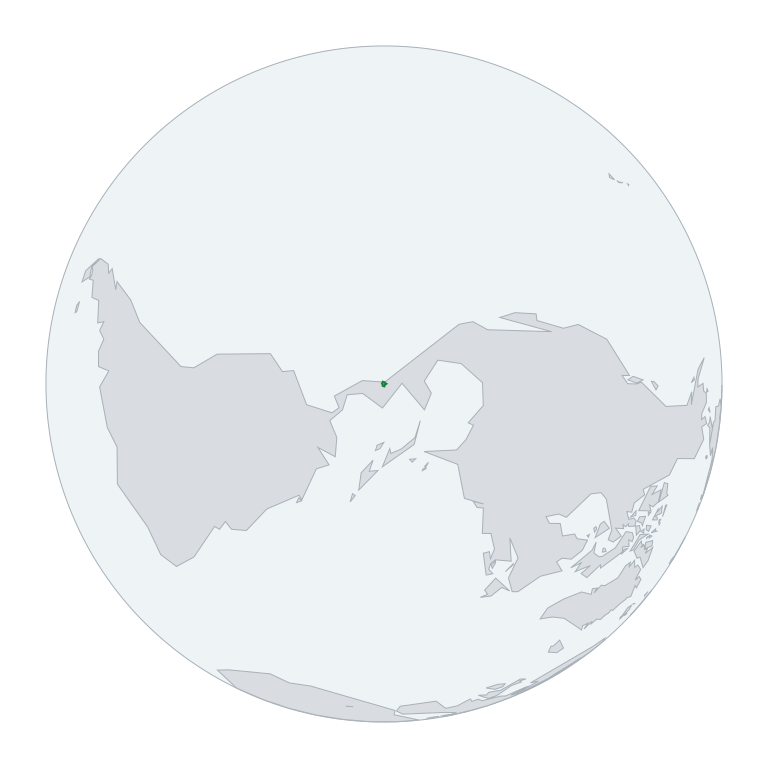 the Earth from above Choluteca, rotated 122°
{"feature_id": "HND-661", "entity_name": "Choluteca", "entity_type": "Department", "adm_level": 1, "iso_a3": "HND", "parent_name": "Honduras", "parent_adm1": "", "projection": "orthographic", "projection_center": [-87.137, 13.37], "detail": "fine", "context": "on_globe", "style": "filled", "palette": "green", "viewbox_px": 768, "rotation_deg": 122, "n_neighbors": 0, "source": "natural_earth", "source_scale": "10m", "svg_char_len": 9194}
<svg xmlns="http://www.w3.org/2000/svg" viewBox="0 0 768 768"><g transform="rotate(122 384 384)"><circle cx="384" cy="384" r="338" fill="#eef3f6" stroke="#a8b0b8"/><path d="M436.0,412.8L428.0,409.5L420.5,419.7L392.6,404.2L382.0,384.4L293.6,352.0L284.0,341.6L283.1,324.9L250.8,269.6L266.2,321.0L254.1,310.7L243.9,292.2L249.1,287.9L241.7,261.4L230.6,250.9L228.0,218.7L246.7,180.3L250.6,186.5L254.6,177.5L250.0,169.6L246.0,166.8L253.6,133.0L241.6,115.8L227.5,118.9L238.7,112.4L205.0,125.5L191.9,126.4L213.1,120.4L220.2,116.3L214.4,113.8L220.5,109.2L221.1,105.7L228.9,100.8L240.7,98.8L245.9,95.9L241.5,94.5L246.5,89.5L252.1,91.8L261.4,83.6L282.9,81.3L291.7,95.6L309.9,93.8L335.9,108.4L339.9,104.3L352.2,108.7L361.4,106.0L363.6,110.5L369.1,104.6L365.3,101.1L366.5,97.6L371.6,96.0L375.2,101.1L373.2,102.7L377.0,103.4L376.6,106.8L379.7,104.2L383.5,111.2L387.3,102.2L396.7,106.0L397.2,111.4L387.2,113.4L363.7,134.5L361.1,142.3L367.5,150.3L400.4,158.7L401.7,167.0L410.6,176.3L414.5,169.9L408.9,160.6L418.3,152.1L410.2,142.8L412.9,138.4L408.6,128.7L420.0,127.7L433.3,132.3L437.4,140.7L443.4,143.4L448.1,134.0L464.2,149.5L489.2,160.4L492.2,165.3L482.5,175.7L460.5,178.1L447.9,195.6L466.9,182.3L474.1,196.4L479.8,198.4L485.7,197.0L487.2,191.2L491.9,196.1L474.9,210.1L470.3,205.8L475.8,201.1L465.5,202.8L454.1,214.1L458.6,221.4L436.5,234.0L439.4,239.7L436.3,246.2L433.0,236.0L438.4,255.2L413.1,278.8L420.0,314.2L401.5,287.5L387.8,285.0L371.5,286.3L372.3,292.0L349.7,288.4L330.7,301.1L325.8,329.4L335.3,351.0L360.2,351.4L366.7,339.0L384.5,336.0L373.8,369.1L405.2,372.6L403.3,397.2L412.7,409.5L427.9,405.5L443.7,410.6L454.3,395.7L471.5,386.8L472.8,406.5L481.7,387.7L491.8,396.4L525.7,392.3L523.3,397.1L552.0,417.1L581.2,423.1L588.0,436.3L584.7,445.6L594.4,446.5L594.6,452.2L631.5,453.5L648.7,463.3L647.0,482.9L630.4,508.8L610.2,557.0L578.9,577.0L567.5,595.6L537.2,623.6L518.7,624.3L520.5,635.3L507.4,643.5L494.4,645.4L489.3,653.5L479.5,654.6L484.0,659.1L464.3,670.2L465.4,677.5L450.1,685.6L451.2,689.4L446.8,689.6L441.2,691.5L439.4,693.7L427.7,690.7L428.6,681.4L435.9,676.2L430.2,675.6L446.2,661.5L438.6,664.7L447.1,643.1L461.2,623.8L476.8,565.5L471.1,553.9L447.1,541.3L418.5,496.4L427.3,476.7L420.5,467.7L442.6,438.7L436.0,412.8ZM86.5,304.5L88.6,296.7L89.4,302.2L86.5,304.5ZM88.6,291.7L88.1,294.4L88.2,292.0L88.6,291.7ZM87.8,289.8L88.3,291.2L87.4,290.4L87.8,289.8ZM86.4,288.2L87.2,288.7L87.0,289.0L86.4,288.2ZM419.3,326.4L455.1,341.5L435.8,344.8L439.3,341.4L430.0,334.9L413.0,329.3L395.8,333.8L419.3,326.4ZM85.2,283.5L85.1,282.1L86.1,281.8L85.2,283.5ZM432.9,305.9L426.8,304.9L432.7,304.4L432.9,305.9ZM243.2,166.5L249.3,170.1L251.2,179.4L245.5,176.8L243.2,166.5ZM240.4,150.5L244.9,150.2L240.0,158.7L238.9,156.2L240.4,150.5ZM216.0,122.9L219.9,124.1L214.1,124.7L216.0,122.9ZM219.9,106.1L216.9,107.5L218.5,105.2L219.9,106.1ZM402.7,130.1L405.6,129.4L404.9,131.5L402.7,130.1ZM398.1,126.8L395.2,129.7L392.6,128.6L394.4,126.8L398.1,126.8ZM231.8,95.8L235.4,92.3L233.8,95.5L231.8,95.8ZM402.3,123.5L388.3,126.3L383.8,124.5L387.0,116.4L402.3,123.5ZM238.8,90.1L247.2,82.5L241.3,84.4L262.9,75.7L248.5,84.4L247.5,87.7L244.0,87.6L238.8,90.1ZM361.9,100.8L366.2,104.4L357.9,103.1L361.9,100.8ZM356.4,100.9L329.5,103.7L325.7,98.3L335.5,98.1L326.9,93.0L338.4,88.9L345.7,90.8L345.8,94.9L350.1,90.3L356.4,100.9ZM273.4,72.7L277.2,70.9L275.5,72.5L273.4,72.7ZM366.3,96.2L361.2,96.9L357.6,92.1L367.2,89.9L365.3,92.1L366.3,96.2ZM319.1,94.0L318.1,90.5L327.1,86.1L328.0,84.2L338.3,88.4L319.1,94.0ZM368.7,92.4L372.2,88.9L378.5,89.9L371.1,95.2L368.7,92.4ZM352.6,92.0L351.4,89.8L355.2,90.2L352.6,92.0ZM402.8,92.6L396.8,92.8L394.4,90.3L402.8,92.6ZM373.0,87.7L370.8,87.4L369.2,86.6L372.8,84.7L373.0,87.7ZM343.9,85.3L347.9,84.4L340.2,83.3L346.6,80.4L352.3,83.9L352.6,81.2L354.5,80.4L357.0,84.3L343.9,85.3ZM371.5,80.6L381.0,85.0L392.7,84.6L395.2,86.7L375.9,87.0L371.5,80.6ZM362.8,82.3L368.7,81.6L368.7,84.3L364.7,86.5L362.8,82.3ZM348.9,77.5L337.5,80.9L336.7,80.1L348.9,77.5ZM374.9,79.8L372.5,78.9L375.7,79.5L374.9,79.8ZM356.9,77.4L353.0,78.6L352.1,77.6L356.9,77.4ZM371.0,76.2L374.1,77.5L371.4,78.8L371.0,76.2ZM364.5,76.3L364.2,74.7L368.6,78.5L362.9,76.9L364.5,76.3ZM356.7,76.3L354.9,76.1L358.4,76.0L356.7,76.3ZM379.3,70.9L385.4,75.4L379.6,78.1L374.4,73.2L379.3,70.9ZM446.1,697.0L428.1,692.1L438.7,694.3L449.1,690.3L457.4,694.2L446.1,697.0ZM475.3,685.9L485.5,682.9L487.1,683.8L480.4,686.2L475.3,685.9ZM620.7,142.8L616.1,138.8L623.2,145.8L627.9,150.1L635.1,157.9L624.2,148.3L630.8,159.2L654.0,193.1L654.7,200.1L648.7,199.5L625.4,171.8L626.3,159.7L618.1,151.3L605.2,143.8L606.6,141.3L601.5,137.2L600.6,133.0L586.8,119.6L584.0,115.4L566.6,103.7L562.8,100.4L574.2,107.9L580.6,111.5L572.2,103.5L567.0,100.0L556.4,93.5L555.4,92.8L546.2,87.6L539.5,84.0L561.4,96.4L582.3,110.4L602.1,125.9L620.7,142.8ZM536.7,82.5L540.8,85.1L528.4,79.3L515.4,73.2L512.2,72.2L533.5,82.5L541.1,86.3L546.1,88.4L567.6,101.3L573.1,105.7L554.2,95.6L559.9,101.4L542.7,92.4L495.9,67.8L482.5,62.0L485.3,61.6L497.9,65.8L499.7,66.6L502.3,67.5L536.7,82.5ZM381.2,46.1L369.7,46.5L354.0,47.4L354.3,47.4L381.2,46.1ZM309.8,54.3L305.5,55.3L310.2,54.3L310.4,54.3L282.7,63.0L273.9,65.9L264.5,71.2L265.6,71.2L271.7,69.2L262.9,75.7L241.3,84.4L239.8,83.8L227.3,90.6L225.6,88.7L218.5,91.1L223.9,86.7L217.8,89.8L213.6,92.3L205.7,96.9L226.0,85.3L236.2,80.9L230.7,82.9L237.5,79.6L238.8,78.9L261.9,68.9L285.6,60.7L309.8,54.3ZM719.8,346.3L719.8,346.1L719.9,348.4L714.9,373.7L708.7,364.2L690.1,326.9L687.7,306.0L679.0,286.1L655.0,201.6L659.2,200.2L650.8,177.4L651.4,177.7L662.5,192.7L663.2,193.6L677.7,216.8L690.2,241.2L700.8,266.4L709.3,292.5L715.6,319.2L719.8,346.3ZM674.0,239.1L677.2,245.2L677.3,245.2L674.0,239.1ZM526.7,391.9L530.9,395.3L525.6,396.0L526.7,391.9ZM433.7,353.2L441.0,353.2L445.0,356.0L439.5,357.4L433.7,353.2ZM493.8,349.2L501.9,350.2L493.7,352.6L493.8,349.2ZM460.6,343.3L487.3,349.2L471.4,356.3L454.4,352.9L465.8,350.3L460.6,343.3ZM430.6,317.5L435.3,318.7L434.3,322.4L430.6,317.5ZM437.2,305.6L435.4,306.0L432.9,303.2L437.2,305.6ZM475.0,195.6L476.6,194.6L482.9,194.5L480.5,197.2L475.0,195.6ZM507.1,180.9L513.9,189.3L507.4,184.7L505.5,189.4L489.4,186.4L492.9,167.7L494.2,176.4L507.1,180.9ZM468.8,178.6L478.7,181.7L467.8,179.1L468.8,178.6ZM574.0,122.4L577.8,122.9L584.2,128.2L587.7,136.3L578.4,128.4L574.0,122.4ZM581.7,122.7L561.9,112.0L559.0,107.4L564.0,111.6L564.0,109.7L572.1,116.1L588.5,123.3L595.3,128.7L598.0,139.1L593.4,132.3L590.0,131.8L581.7,122.7ZM516.7,101.6L508.1,99.3L512.8,91.9L520.3,95.1L524.3,102.6L517.8,103.4L516.7,101.6ZM410.8,109.7L407.2,111.1L406.2,109.4L408.4,106.9L410.8,109.7ZM400.2,92.9L425.4,102.8L422.6,104.6L440.7,109.4L440.3,116.4L428.6,112.8L441.8,122.4L431.1,122.0L440.9,128.2L414.8,119.5L405.6,120.3L416.0,116.6L416.6,110.0L414.2,107.4L400.3,101.0L380.9,100.5L378.5,94.7L381.9,90.9L386.2,90.1L386.4,93.8L391.9,90.2L395.6,95.1L400.2,92.9ZM423.2,61.9L421.7,64.3L433.4,62.1L437.1,65.2L438.2,64.8L444.9,67.4L454.9,70.1L455.1,71.7L458.9,72.1L463.4,74.2L468.7,75.5L470.9,79.1L477.6,81.2L474.9,81.8L485.7,84.6L478.7,84.2L483.8,87.5L487.9,86.1L487.2,106.9L492.3,117.6L500.5,127.1L487.3,126.5L471.2,117.7L455.7,106.3L452.6,96.8L447.2,98.8L444.1,95.1L449.7,95.1L439.3,93.0L438.2,90.0L424.4,82.9L410.0,82.8L404.6,80.6L409.7,79.2L400.7,78.1L406.7,74.2L403.0,72.8L405.2,68.1L417.2,67.1L412.1,65.6L413.5,62.6L423.2,61.9ZM380.3,69.5L393.8,66.5L402.5,67.0L395.1,75.2L397.7,77.0L393.2,83.3L380.8,82.6L383.2,80.8L382.6,78.9L386.7,79.8L383.0,77.7L386.2,75.3L384.2,73.2L389.2,72.7L380.3,69.5ZM647.1,171.9L646.0,170.7L645.5,169.9L647.1,171.9ZM638.1,163.1L636.7,160.9L644.1,169.1L644.7,170.5L638.1,163.1ZM629.5,153.2L636.0,160.2L632.9,157.2L629.5,153.2ZM572.2,106.0L569.8,103.9L572.1,105.2L576.3,108.1L572.2,106.0ZM458.7,59.5L456.5,60.0L454.3,59.3L444.2,58.7L440.6,56.9L445.3,56.5L458.7,59.5ZM453.2,57.4L449.4,57.2L450.0,56.5L453.2,57.4ZM437.5,55.6L437.1,54.6L439.0,56.6L437.5,55.6ZM450.0,52.6L436.6,50.3L417.6,47.8L435.6,50.1L438.7,50.5L450.0,52.6ZM375.9,46.3L374.0,46.6L369.7,46.7L375.9,46.3ZM378.4,46.4L385.7,46.8L381.2,47.2L376.4,46.7L378.4,46.4ZM420.1,50.1L425.7,50.7L425.1,51.1L420.1,50.1ZM274.8,71.1L277.0,71.0L273.2,72.2L274.8,71.1ZM313.3,53.7L312.9,54.0L308.4,55.0L313.3,53.7ZM309.4,55.6L314.7,54.2L310.3,55.6L309.4,55.6ZM326.3,51.6L317.4,53.7L324.2,51.8L326.3,51.6Z" fill="#d9dde1" stroke="#a8b0b8" stroke-width="1"/><path d="M386.3,384.6L386.2,384.6L385.8,384.5L385.7,384.5L385.3,384.8L385.2,384.9L385.2,385.1L385.2,385.5L385.1,385.8L385.0,386.0L384.9,386.1L384.7,386.1L384.6,386.3L384.4,386.2L383.0,386.3L383.1,386.2L382.9,385.9L382.8,385.7L383.0,385.6L382.7,385.5L382.4,385.5L382.4,385.3L382.3,385.1L382.2,384.9L382.1,384.7L381.9,384.6L381.9,384.4L382.0,384.4L382.2,384.1L382.3,384.1L382.6,384.0L382.6,383.9L382.8,383.6L382.7,383.4L382.7,383.2L382.4,382.8L382.4,382.7L382.4,382.4L382.2,382.2L382.2,381.9L382.2,381.7L382.4,381.7L382.5,381.7L382.6,381.8L382.6,382.0L383.0,382.1L383.3,382.1L383.6,382.2L383.5,382.5L383.7,382.8L383.8,382.9L384.1,382.9L384.1,383.0L384.3,383.2L384.6,383.1L384.7,382.9L384.8,382.7L385.0,382.6L385.1,382.4L385.4,382.3L385.7,382.2L385.8,382.2L386.0,382.1L386.1,382.3L386.2,382.5L386.2,382.8L386.4,383.6L386.3,383.8L386.3,384.0L386.5,384.1L386.5,384.3L386.4,384.5L386.3,384.6Z" fill="#22c55e" stroke="#15803d" stroke-width="1.5"/></g></svg>